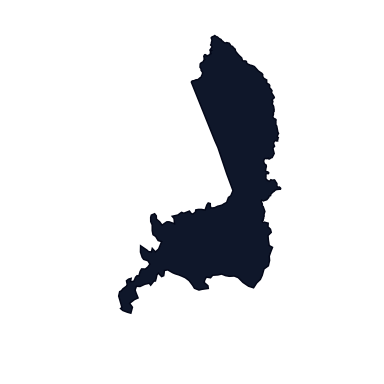 the district of Zacharia, Paphos, Cyprus, rotated 324°
{"feature_id": "46923920B76553636129870", "entity_name": "Zacharia", "entity_type": "district", "adm_level": 2, "iso_a3": "CYP", "parent_name": "Cyprus", "parent_adm1": "Paphos", "projection": "natural_earth1", "projection_center": [32.548, 34.988], "detail": "fine", "context": "isolated", "style": "filled", "palette": "ink", "viewbox_px": 384, "rotation_deg": 324, "n_neighbors": 0, "source": "geoboundaries", "source_scale": "gbopen_adm2", "svg_char_len": 4893}
<svg xmlns="http://www.w3.org/2000/svg" viewBox="0 0 384 384"><g transform="rotate(324 192 192)"><path d="M256.0,102.9L240.7,163.8L239.1,171.3L230.8,197.7L226.0,214.9L221.1,217.9L218.3,217.8L213.9,220.8L210.6,220.3L208.9,220.3L206.8,219.6L204.4,218.6L201.1,218.0L199.3,217.0L197.9,216.0L198.6,214.1L200.0,212.1L198.7,210.4L196.4,211.2L191.9,214.3L189.5,211.7L187.0,209.9L184.6,208.7L182.8,210.3L179.7,210.3L178.7,209.1L178.7,205.9L172.9,204.4L171.6,202.3L167.0,202.3L161.7,200.0L161.9,202.9L159.2,207.4L155.9,202.6L154.0,201.3L148.3,201.2L148.3,197.1L147.3,193.0L149.1,190.3L149.0,187.6L145.5,186.8L143.6,188.3L141.2,191.7L140.5,195.2L137.1,199.9L135.4,203.6L136.5,206.6L136.1,211.4L138.3,214.3L131.5,218.5L127.2,219.0L126.7,214.3L124.0,216.6L121.8,214.8L121.4,212.6L118.8,205.3L115.0,210.3L113.3,215.6L113.3,218.1L115.9,221.7L115.6,225.6L112.2,226.7L109.0,226.9L106.0,224.6L103.3,225.8L99.6,228.7L98.4,227.4L96.2,227.8L94.3,229.0L92.3,230.0L89.5,228.3L92.0,226.1L89.4,225.2L86.8,225.3L85.2,228.8L83.5,229.7L79.3,229.7L76.7,230.4L74.9,230.1L71.5,233.1L69.9,237.6L67.5,244.1L65.7,244.3L66.4,247.2L69.0,251.2L71.3,254.1L76.1,250.2L76.1,245.4L82.2,245.2L86.1,246.0L87.4,240.8L88.3,237.9L91.6,235.6L94.4,237.9L99.6,238.9L103.8,240.7L103.8,243.1L108.7,241.7L110.1,242.5L112.6,240.5L114.8,238.5L117.2,237.9L117.4,240.4L117.7,242.6L119.9,243.1L121.8,241.2L123.5,239.3L126.6,240.7L128.9,245.9L130.4,248.4L132.6,251.3L134.4,254.2L136.2,257.4L137.6,262.0L137.7,268.0L137.4,271.3L140.0,275.4L142.9,276.6L148.5,279.6L149.8,277.2L148.7,272.3L150.7,270.6L153.6,269.3L156.6,272.3L159.8,271.5L164.2,274.3L167.7,275.8L170.0,279.4L172.6,282.1L176.8,284.8L179.1,288.5L180.1,295.1L182.4,301.5L185.5,305.7L190.9,303.6L195.9,302.9L199.8,300.7L205.0,296.6L210.4,296.6L214.6,292.9L216.8,289.3L220.4,286.8L224.6,284.1L223.0,280.7L225.3,276.2L227.9,271.9L232.4,271.2L233.6,268.2L233.0,264.8L235.3,262.0L232.8,258.9L231.8,258.6L231.5,258.0L231.6,256.9L232.1,256.3L232.9,256.7L234.1,255.5L234.4,255.5L235.3,254.4L236.0,254.1L237.2,252.3L239.5,250.6L241.0,245.6L240.7,243.8L241.7,243.3L242.0,242.6L242.3,240.3L243.6,239.6L244.4,241.1L246.1,241.6L247.9,242.2L250.9,241.5L252.0,240.6L253.4,241.1L254.9,239.9L255.1,239.9L258.1,239.6L259.1,239.7L260.0,239.4L261.8,239.7L264.6,241.3L265.1,241.7L265.6,241.5L265.9,241.1L265.9,240.6L265.7,239.8L265.6,239.3L264.4,238.6L264.1,238.1L264.2,237.2L264.7,236.3L265.5,235.4L265.7,234.6L265.7,233.0L265.9,231.4L265.8,230.7L265.5,230.4L264.8,230.2L264.0,229.7L263.8,229.5L263.0,228.4L262.0,228.7L261.0,228.8L260.6,228.7L259.7,226.2L259.6,224.5L261.2,222.6L262.1,221.2L262.5,221.0L263.6,221.2L264.5,222.0L265.3,221.7L265.4,221.2L265.2,220.4L263.8,218.6L263.9,217.9L264.6,217.4L265.3,216.6L267.1,215.1L267.7,214.0L267.8,213.5L267.3,212.5L267.2,211.7L267.4,210.8L268.1,209.1L269.3,208.2L270.2,207.7L270.7,207.8L272.2,209.0L273.5,209.4L273.3,210.0L273.7,210.5L274.1,210.8L275.9,210.8L277.1,211.2L281.1,209.2L283.0,204.5L283.6,204.0L285.7,203.5L286.4,200.8L287.5,199.8L288.6,199.4L289.3,199.2L289.8,199.6L290.4,200.4L291.3,201.0L291.5,200.7L291.5,200.2L292.8,199.6L293.0,199.1L293.8,198.7L293.4,197.5L294.9,196.2L296.4,195.5L296.7,193.9L299.3,188.5L299.4,186.8L300.7,185.1L301.5,183.9L302.4,183.1L302.4,182.1L301.7,181.2L301.4,180.0L301.4,178.9L302.1,178.2L303.4,177.2L303.9,176.6L304.3,175.8L304.7,175.5L306.1,174.8L306.2,174.4L306.2,174.0L306.8,173.7L308.3,170.8L308.6,169.6L308.4,168.4L309.3,167.4L310.5,166.4L310.8,166.0L310.7,164.6L312.2,164.3L314.0,164.1L314.3,163.4L314.5,161.6L314.6,158.5L316.3,157.0L316.3,154.6L316.0,153.7L316.5,152.6L317.5,151.5L317.6,150.2L317.0,149.0L316.6,147.9L316.6,147.3L316.8,147.3L318.3,145.2L317.9,144.5L317.7,143.9L317.0,142.5L316.9,140.8L317.6,139.2L318.3,138.5L318.2,136.8L317.5,135.1L316.8,133.1L316.2,127.2L315.4,125.8L314.6,124.6L313.8,123.8L312.2,121.0L312.0,120.1L312.3,119.3L312.7,118.4L312.5,117.7L311.8,117.0L310.8,116.4L310.1,115.5L310.4,114.3L311.0,112.8L310.8,111.8L310.8,111.1L310.6,110.6L310.4,109.5L310.2,107.8L310.0,104.7L310.1,103.4L310.8,102.0L310.8,101.1L310.3,99.6L310.4,98.1L309.8,97.4L309.4,96.6L309.6,93.6L307.9,91.5L306.4,91.0L305.9,90.2L305.6,89.1L305.4,87.8L304.8,86.8L305.2,86.1L305.0,85.3L304.2,84.0L303.7,81.5L303.0,80.8L302.4,78.8L300.7,78.7L299.6,78.3L299.3,78.7L298.6,78.4L298.1,78.6L297.6,80.6L296.9,81.4L295.4,82.6L294.7,83.5L293.5,84.0L293.5,84.4L293.8,85.7L293.5,86.2L293.1,86.6L291.8,87.1L289.9,87.7L289.9,88.1L290.7,89.0L289.8,88.9L289.1,89.5L288.7,91.2L287.8,90.9L286.8,91.4L285.3,90.9L284.3,91.0L283.8,90.6L283.8,89.0L283.0,88.4L282.3,88.6L281.5,89.0L281.0,89.6L281.5,90.1L280.1,91.3L280.2,92.4L279.0,92.3L277.6,93.2L275.4,92.9L275.2,93.1L274.3,93.0L273.6,93.6L271.8,95.8L271.8,97.6L270.9,98.9L270.9,101.5L269.6,102.8L266.4,104.6L265.5,104.3L263.0,104.6L261.0,103.5L259.9,103.3L258.7,103.1L258.4,102.7L257.4,102.3L256.6,102.4L256.1,102.7L256.0,102.9Z" fill="#0f172a" stroke="#020617" stroke-width="1.5"/></g></svg>